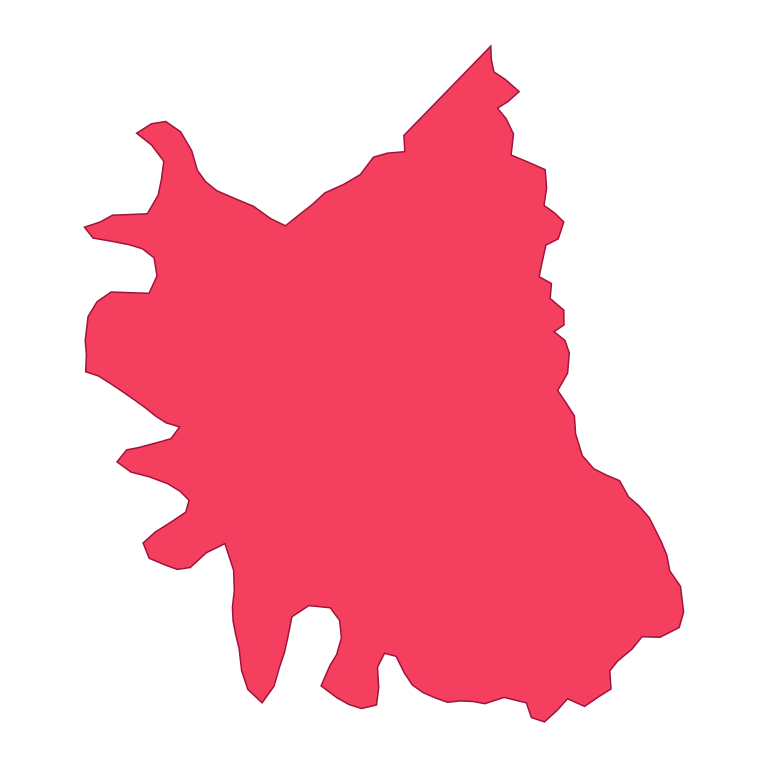 the district of Palmitinho, Rio Grande do Sul, Brazil
{"feature_id": "56859067B63101725720480", "entity_name": "Palmitinho", "entity_type": "district", "adm_level": 2, "iso_a3": "BRA", "parent_name": "Brazil", "parent_adm1": "Rio Grande do Sul", "projection": "albers", "projection_center": [-53.596, -27.32], "detail": "fine", "context": "isolated", "style": "filled", "palette": "rose", "viewbox_px": 768, "rotation_deg": 0, "n_neighbors": 0, "source": "geoboundaries", "source_scale": "gbopen_adm2", "svg_char_len": 2135}
<svg xmlns="http://www.w3.org/2000/svg" viewBox="0 0 768 768"><path d="M531.4,717.6L544.5,721.9L557.6,709.9L567.5,698.8L584.6,706.4L598.9,696.6L611.0,689.0L609.8,670.8L617.5,661.2L632.1,649.0L642.0,636.7L659.9,637.3L679.2,627.5L683.6,612.0L680.5,586.4L669.8,570.9L666.7,554.8L661.1,541.5L649.3,517.8L638.9,505.8L628.5,496.8L619.6,480.7L606.8,475.3L593.7,468.7L582.3,455.6L575.6,433.9L574.4,415.9L566.2,403.1L557.7,390.5L567.6,373.1L569.3,353.0L565.0,340.5L554.1,331.7L564.0,324.9L563.8,310.2L550.2,298.5L551.4,283.5L539.1,276.7L542.3,261.5L545.9,245.1L558.2,238.9L563.8,222.0L554.6,213.0L544.0,205.4L546.6,188.0L545.2,169.7L528.0,162.1L511.1,155.0L513.5,134.0L506.2,118.8L497.5,108.2L508.2,101.4L519.1,91.6L505.5,79.6L493.9,71.9L491.3,59.2L490.8,46.1L403.9,135.4L404.8,151.7L387.6,153.1L373.4,157.2L360.3,174.6L343.6,184.4L325.0,192.8L311.9,204.8L297.6,216.0L285.5,225.8L270.8,218.7L253.3,206.2L236.1,199.1L216.8,190.7L205.6,181.7L197.4,170.3L191.8,150.9L180.7,131.9L165.7,121.5L151.6,123.7L136.6,133.2L151.7,145.2L163.8,161.3L161.4,179.5L158.2,195.0L147.3,213.8L112.5,215.2L100.1,222.0L84.4,227.2L93.1,238.1L110.6,241.1L128.7,244.6L142.3,248.7L154.1,257.9L157.0,275.9L149.1,293.3L133.1,292.8L111.1,292.0L97.0,301.8L88.1,316.5L85.2,340.5L86.4,354.4L85.7,371.8L98.3,375.9L108.7,382.4L122.2,391.4L134.3,399.8L144.8,407.4L155.4,415.9L165.8,422.7L179.6,427.0L170.9,438.7L158.3,442.3L138.0,447.7L126.6,449.9L117.0,461.9L131.2,472.2L148.6,476.6L167.8,483.7L180.1,491.3L189.1,500.3L185.7,512.2L170.2,522.6L155.4,531.9L143.1,543.0L149.2,558.3L165.4,565.1L177.2,569.4L190.3,567.5L206.2,552.8L224.9,543.6L233.6,570.2L234.3,590.9L232.4,607.3L233.1,621.2L235.5,633.7L239.2,649.2L241.6,670.7L247.9,689.5L262.1,702.8L274.0,686.2L279.5,667.2L284.4,652.7L287.7,638.0L291.9,616.8L308.8,605.6L330.3,607.8L339.7,620.6L341.4,638.0L336.6,654.6L329.8,665.8L321.1,685.9L337.1,697.9L348.9,704.5L361.5,708.5L376.5,705.0L378.7,687.6L377.5,667.2L384.5,653.3L396.1,656.3L404.3,672.9L412.3,684.9L422.9,692.5L435.2,697.9L447.6,702.3L460.1,700.9L473.2,701.5L484.8,703.7L504.1,697.4L526.4,702.9L531.4,717.6Z" fill="#f43f5e" stroke="#9f1239" stroke-width="1.5"/></svg>